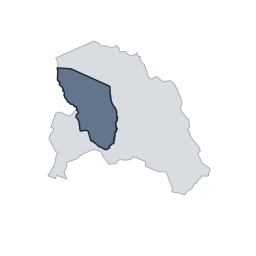 where Jonglei sits in South Sudan, rotated 201°
{"feature_id": "SDS-870", "entity_name": "Jonglei", "entity_type": "State", "adm_level": 1, "iso_a3": "SSD", "parent_name": "South Sudan", "parent_adm1": "", "projection": "albers", "projection_center": [31.68, 7.658], "detail": "fine", "context": "in_parent", "style": "filled", "palette": "slate", "viewbox_px": 256, "rotation_deg": 201, "n_neighbors": 0, "source": "natural_earth", "source_scale": "10m", "svg_char_len": 8145}
<svg xmlns="http://www.w3.org/2000/svg" viewBox="0 0 256 256"><g transform="rotate(201 128 128)"><path d="M199.0,189.0L192.2,195.8L191.7,196.3L190.9,196.8L188.1,196.8L185.3,196.5L182.6,194.7L180.0,196.1L178.3,196.5L177.3,196.7L174.9,196.9L171.5,197.7L170.0,198.6L169.2,199.3L168.5,200.7L168.2,200.8L167.6,200.6L166.7,200.1L164.9,199.3L164.0,197.6L163.2,196.6L162.5,196.1L159.7,197.8L158.3,198.2L157.2,198.1L155.1,197.1L152.8,196.3L151.7,196.3L149.9,197.4L147.9,198.9L146.9,200.4L146.4,201.3L145.7,199.9L145.0,199.0L144.1,198.7L142.1,199.0L141.7,198.5L141.6,197.4L141.3,196.3L140.8,195.5L139.4,194.7L135.6,193.0L132.7,189.7L131.2,188.2L130.2,187.2L128.7,184.6L126.9,182.8L124.9,182.0L123.5,182.4L122.0,184.3L119.3,186.1L118.1,186.1L116.5,185.1L114.6,184.4L111.0,184.1L109.5,185.0L107.6,186.3L106.0,187.1L105.0,187.2L104.0,186.9L103.0,186.7L102.0,186.6L100.1,185.4L99.2,184.5L98.5,183.6L97.4,183.0L96.2,182.4L95.3,181.6L94.9,180.7L94.2,179.4L93.3,178.3L90.4,176.2L89.5,175.0L88.9,173.8L87.8,172.5L86.5,170.7L86.1,168.2L86.1,166.2L85.8,165.2L85.3,164.3L84.7,163.4L83.7,162.5L81.3,161.2L78.9,159.6L77.8,158.7L75.6,158.4L74.2,157.5L73.1,155.6L72.7,154.1L71.6,152.9L71.1,152.0L70.9,151.0L71.8,148.0L70.5,146.9L68.6,145.5L67.3,143.9L66.5,142.5L64.0,140.7L58.7,137.8L55.6,136.0L53.9,134.4L52.5,132.9L52.4,132.2L53.3,130.7L53.5,129.4L52.7,128.0L49.6,125.3L47.1,122.4L45.1,121.5L40.5,120.6L39.1,120.2L37.8,119.7L36.4,118.3L36.0,116.8L36.7,114.3L36.3,113.5L35.5,113.3L35.7,112.8L36.6,111.6L38.1,110.9L41.9,109.7L42.1,109.3L42.2,107.7L42.6,107.0L43.9,104.8L44.1,104.0L44.2,102.2L44.4,101.3L44.8,100.7L45.9,99.7L46.2,99.0L46.4,97.6L46.4,94.9L46.9,93.8L49.4,91.3L50.0,90.2L50.3,89.2L50.3,88.2L50.4,87.2L51.2,86.2L51.8,86.0L53.6,85.7L54.8,85.9L63.3,84.3L64.3,84.5L64.7,85.6L64.6,87.2L64.8,88.0L65.2,88.5L66.6,89.3L67.5,90.6L68.0,91.1L69.3,92.0L75.5,99.5L77.3,100.2L79.1,100.0L82.5,98.5L84.2,98.1L96.2,98.6L97.6,98.4L97.7,98.5L99.5,102.2L100.3,103.0L113.5,103.2L113.3,102.1L113.4,100.9L115.8,98.7L116.1,98.4L118.2,97.4L120.1,96.6L124.0,95.8L125.4,94.5L126.2,93.3L126.2,90.8L126.7,90.5L127.6,89.9L132.0,87.8L132.8,87.3L140.6,92.3L144.9,96.3L145.2,96.5L145.4,96.6L145.7,96.5L145.9,96.3L146.4,96.1L148.3,96.0L151.8,95.9L153.0,95.4L160.1,88.3L161.9,86.0L162.4,85.6L163.4,84.0L164.5,81.2L164.7,80.9L172.5,74.3L172.7,73.7L172.8,73.3L171.6,71.1L171.4,70.0L171.3,68.2L171.6,65.5L171.5,63.8L171.4,63.3L171.3,63.2L167.0,58.4L177.9,58.3L177.9,57.7L177.7,56.9L177.6,56.1L177.6,55.7L177.6,55.3L177.6,55.1L177.6,54.9L177.7,54.7L185.5,54.8L185.4,56.2L184.5,59.4L184.5,61.4L184.3,63.6L184.0,64.2L183.6,64.8L183.5,65.0L183.5,65.3L185.2,77.7L185.0,78.2L184.6,79.0L184.5,79.3L184.5,79.5L188.3,80.9L188.5,81.0L189.9,82.7L197.1,88.6L197.4,88.9L198.1,90.7L198.2,91.0L198.2,91.5L198.2,91.8L198.0,92.9L198.1,93.4L198.2,93.7L198.3,94.1L198.2,94.5L197.2,96.7L196.9,98.2L196.8,99.5L196.8,100.2L196.9,100.7L197.0,100.9L197.1,101.0L200.2,100.9L200.2,101.6L200.7,112.9L200.7,114.1L200.6,115.7L200.2,116.3L199.4,117.2L198.3,118.1L195.5,118.3L193.1,118.3L191.5,118.1L189.2,118.0L187.1,118.2L186.3,118.9L183.5,124.9L182.7,126.4L182.4,127.3L182.7,127.8L183.8,128.5L186.2,129.6L189.0,130.2L191.1,130.4L192.5,130.7L193.6,131.1L197.5,133.7L198.8,135.0L199.5,136.1L199.7,137.3L200.2,138.5L203.8,142.2L207.3,144.0L208.6,145.9L209.9,146.9L211.1,147.9L211.7,149.5L213.2,154.0L214.2,156.3L215.3,158.2L215.7,161.4L216.5,162.8L217.4,164.5L218.8,166.0L220.3,167.2L220.5,167.5L205.8,182.2L199.0,189.0Z" fill="#d9dde1" stroke="#a8b0b8" stroke-width="1"/><path d="M182.6,126.5L182.4,126.8L182.3,127.0L182.7,128.1L182.9,128.3L183.1,128.5L183.3,128.8L183.4,129.0L183.9,129.0L184.3,129.2L184.5,129.2L185.2,128.9L185.3,128.9L185.8,129.1L186.4,129.2L186.5,129.2L186.8,129.5L187.0,129.8L187.3,130.0L188.3,130.3L188.5,130.3L188.9,130.0L189.0,129.9L189.7,129.8L190.2,129.7L190.5,129.9L190.6,130.0L190.9,130.1L191.1,130.1L191.2,130.3L191.5,130.6L192.0,130.8L193.1,130.7L193.3,130.8L193.7,131.1L194.2,131.2L194.4,131.3L194.6,131.5L195.1,132.3L196.0,132.9L196.5,133.0L197.2,133.3L199.2,135.4L199.5,135.9L199.7,136.4L199.7,138.0L199.8,138.1L200.6,138.7L201.0,139.3L201.4,139.5L201.7,139.5L202.0,139.3L202.2,139.5L202.3,139.8L202.4,140.1L202.4,140.6L202.4,140.8L202.5,141.2L202.6,141.4L202.8,141.5L203.0,141.7L203.7,142.2L203.8,142.3L203.9,142.6L204.0,142.7L204.1,142.8L206.5,143.3L207.6,144.1L207.7,144.3L207.8,144.6L207.9,144.9L207.9,145.2L207.8,145.3L207.7,145.4L207.7,145.5L207.8,145.6L208.0,146.4L208.1,146.6L208.4,146.6L209.2,146.6L209.5,146.7L209.8,146.8L210.9,147.5L211.0,147.7L211.1,148.0L211.3,148.2L211.4,148.3L211.6,149.0L211.8,149.7L212.2,150.6L212.3,151.6L212.5,151.9L213.1,153.1L213.2,153.5L213.3,154.5L213.3,154.8L213.9,155.8L214.3,156.7L214.5,157.0L214.9,157.3L215.2,157.6L215.3,157.9L215.4,158.8L202.4,162.8L169.3,160.9L160.4,160.4L160.3,160.2L160.2,160.2L159.8,160.1L159.7,159.9L159.5,159.7L159.4,159.2L158.9,157.9L158.8,157.6L158.6,157.4L158.4,157.3L158.2,157.1L158.1,156.7L157.9,155.9L157.5,155.0L157.4,154.4L157.3,154.0L157.2,153.8L157.1,153.6L156.0,152.3L155.8,151.8L155.8,151.1L155.7,150.8L155.4,150.7L155.1,150.6L154.9,150.5L154.8,150.2L154.7,149.9L154.6,149.1L154.5,148.8L154.3,148.6L154.2,148.5L154.1,148.4L154.1,148.2L153.5,147.6L153.4,147.3L153.3,147.0L153.2,146.8L152.9,146.7L152.7,146.6L152.5,146.3L152.3,145.9L151.9,145.5L151.7,145.3L151.3,145.1L151.2,145.0L151.0,144.8L150.8,144.7L150.6,144.5L150.4,144.3L150.3,143.9L150.2,143.8L150.1,143.7L149.7,143.6L149.2,143.3L148.7,143.1L147.6,142.1L147.4,142.0L147.0,142.0L146.9,141.9L146.7,141.9L146.2,141.2L146.1,140.9L146.0,140.6L145.9,140.4L145.1,140.0L144.8,139.5L144.6,139.4L144.4,138.7L144.1,138.3L144.0,138.0L143.9,137.6L143.6,137.2L143.4,136.3L143.2,136.0L142.7,135.4L142.6,135.1L142.6,134.9L142.4,134.8L142.1,134.8L142.1,134.7L142.1,134.4L141.9,134.2L141.7,134.0L141.5,133.8L141.8,133.7L142.0,133.7L142.0,133.3L142.0,133.0L141.8,132.7L141.6,132.5L141.3,132.3L141.2,132.1L141.3,131.9L141.2,131.8L141.1,131.7L140.9,131.5L140.8,131.3L140.8,131.2L141.0,131.0L140.9,130.7L141.0,129.9L141.2,129.7L141.3,129.6L141.5,129.4L141.4,129.1L141.5,129.0L141.6,128.9L141.4,128.8L141.3,128.7L141.5,128.5L141.4,128.4L141.1,128.3L141.0,128.2L141.0,127.7L140.8,127.5L140.7,126.9L139.7,125.7L139.9,125.5L139.7,125.2L139.3,124.8L139.1,124.5L139.1,124.3L139.1,124.0L139.1,123.8L139.0,123.6L138.8,123.6L138.6,123.7L138.4,123.7L138.4,123.4L138.0,123.6L137.8,123.1L137.7,122.3L137.8,122.0L138.1,121.9L138.0,121.7L137.9,121.5L137.9,121.4L138.2,121.3L138.2,121.1L137.9,120.5L138.0,120.5L138.3,120.3L138.2,120.1L138.1,119.6L138.1,119.0L138.2,118.9L138.3,118.9L138.5,118.3L138.6,118.1L138.6,117.8L138.4,117.5L138.2,117.5L138.1,117.4L138.1,117.2L137.6,116.8L137.5,116.6L137.2,116.3L137.2,116.2L137.3,115.8L137.4,115.7L137.2,115.5L137.2,115.8L137.1,115.6L137.1,115.4L137.2,115.2L137.3,115.0L137.6,114.6L137.8,114.3L137.8,114.1L137.7,113.9L137.4,113.9L136.7,113.2L136.4,112.8L136.6,112.6L136.8,112.4L136.9,112.2L136.6,112.1L136.5,111.8L136.6,111.2L136.5,110.9L136.3,110.6L136.2,110.5L136.2,110.4L136.2,110.1L136.1,109.8L135.9,109.4L135.9,109.2L135.8,108.9L135.9,108.7L136.0,108.4L136.2,108.2L136.5,108.2L136.8,107.9L136.9,107.7L137.0,107.4L137.3,107.2L137.6,107.0L137.7,106.8L137.8,106.2L137.9,105.9L138.2,105.8L138.4,105.6L138.6,105.4L138.5,105.2L138.7,103.9L138.7,103.6L138.4,103.5L138.3,103.4L138.1,102.9L138.6,102.7L138.7,102.4L138.8,102.0L139.0,101.8L139.2,101.6L139.4,101.4L139.6,100.9L139.7,100.7L140.0,100.6L140.3,100.5L140.4,100.3L140.6,100.1L140.8,99.9L141.0,99.8L141.4,99.7L143.4,99.8L145.5,100.3L146.2,100.4L147.5,100.4L147.8,100.3L148.0,100.2L148.6,100.2L149.3,100.4L151.3,101.5L153.9,102.2L154.7,102.3L155.0,102.4L155.2,102.6L155.3,102.8L155.6,102.9L156.0,103.0L156.9,102.9L157.7,102.7L157.8,102.7L158.0,102.7L158.2,102.9L163.7,110.3L164.2,110.8L164.9,111.0L165.5,111.0L166.1,110.9L168.3,109.8L170.3,108.6L170.7,108.4L171.1,108.3L171.4,108.3L171.7,108.5L172.1,108.9L172.7,110.1L173.0,110.8L175.9,116.0L176.9,117.2L178.3,118.4L180.1,119.2L180.5,119.6L180.7,120.1L180.8,121.0L180.7,121.7L180.6,122.4L180.4,123.0L179.9,124.1L179.8,124.5L179.8,125.0L180.2,125.4L180.6,125.6L182.6,126.5L182.6,126.5Z" fill="#64748b" stroke="#1e293b" stroke-width="1.5"/></g></svg>